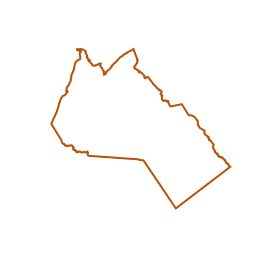 outline of Kitui East, Eastern, Kenya, rotated 56°
{"feature_id": "3690345B42600282373755", "entity_name": "Kitui East", "entity_type": "district", "adm_level": 2, "iso_a3": "KEN", "parent_name": "Kenya", "parent_adm1": "Eastern", "projection": "albers", "projection_center": [38.352, -1.41], "detail": "fine", "context": "isolated", "style": "outline", "palette": "amber", "viewbox_px": 256, "rotation_deg": 56, "n_neighbors": 0, "source": "geoboundaries", "source_scale": "gbopen_adm2", "svg_char_len": 5634}
<svg xmlns="http://www.w3.org/2000/svg" viewBox="0 0 256 256"><g transform="rotate(56 128 128)"><path d="M217.4,65.5L217.2,65.7L216.7,65.4L216.3,65.5L216.0,65.1L215.2,65.4L215.0,65.2L214.7,65.4L214.3,65.5L214.0,65.5L213.7,65.2L213.2,65.1L212.6,65.6L212.4,65.9L211.8,66.1L211.5,66.2L210.7,65.8L210.4,65.9L210.0,65.8L209.9,65.8L209.4,65.4L209.2,65.4L209.0,65.8L208.7,65.6L208.5,65.9L207.9,66.0L207.6,65.9L207.3,66.0L207.0,66.0L206.9,66.2L206.7,66.3L206.0,66.2L205.6,66.5L205.6,66.3L205.4,66.2L205.1,66.5L204.9,66.8L204.4,66.8L204.3,67.2L204.1,67.2L203.6,67.9L203.4,68.0L203.2,67.9L202.9,68.1L202.9,68.4L202.4,68.7L202.2,68.3L201.7,68.4L201.4,68.7L201.0,68.6L200.5,68.6L199.9,68.2L199.6,68.2L199.2,68.2L199.1,68.3L199.2,68.5L199.1,68.8L198.9,68.8L198.7,69.0L198.1,69.0L197.5,68.9L196.8,69.3L196.3,69.2L195.9,68.8L195.4,69.0L195.1,68.8L194.4,68.8L194.3,68.7L194.0,68.8L193.5,68.7L193.1,68.8L192.3,68.4L191.8,68.5L191.2,67.6L190.1,67.1L189.5,66.2L189.0,66.2L188.3,66.4L187.2,66.4L186.4,66.6L185.8,66.5L185.5,66.6L185.2,66.5L184.4,66.5L184.0,67.0L183.7,67.1L183.5,67.4L182.9,67.6L182.6,67.4L182.7,67.0L182.0,66.7L180.9,66.8L180.8,66.3L180.6,66.3L179.8,66.5L179.5,66.8L179.0,66.7L177.8,67.4L177.2,67.5L176.9,67.7L176.5,67.6L175.7,67.7L175.1,67.7L174.7,67.4L174.3,66.9L174.0,66.8L173.3,66.2L173.0,66.1L167.7,68.5L165.4,68.1L164.1,68.2L161.3,66.3L160.9,66.2L159.3,66.5L157.6,66.5L155.9,66.8L154.9,67.2L154.4,67.6L152.6,68.6L152.1,69.7L151.6,70.2L151.0,70.5L138.3,70.1L134.4,79.7L134.1,79.9L133.9,80.4L133.4,80.9L133.1,81.0L132.2,80.7L131.9,80.7L131.1,80.5L130.7,80.6L130.2,80.4L129.9,80.4L129.4,80.2L129.0,80.0L128.6,80.0L128.0,79.6L127.8,79.7L127.6,80.3L127.9,80.9L127.2,81.2L126.9,81.5L126.1,81.5L125.6,82.1L125.5,82.4L125.5,82.9L125.3,83.4L124.6,83.8L124.2,83.8L123.8,83.7L123.1,83.7L122.0,82.9L121.1,82.6L121.0,82.3L120.6,82.1L120.3,81.6L119.5,81.6L119.1,81.7L118.4,82.2L117.9,81.8L117.6,81.2L117.3,80.1L116.4,79.7L116.0,79.8L115.0,79.9L114.2,81.1L113.5,81.1L112.8,80.8L111.0,81.7L110.3,81.8L109.2,81.6L108.6,81.7L108.0,82.1L107.1,82.3L96.9,82.9L96.6,84.0L96.3,84.2L96.6,85.3L96.3,85.6L96.2,86.1L95.4,86.2L95.1,86.2L94.8,85.8L94.5,85.6L94.3,85.3L93.3,85.3L92.6,85.5L92.0,85.5L90.8,85.7L90.3,85.8L89.5,86.3L89.0,86.3L87.8,86.6L87.4,87.1L87.3,87.3L87.6,87.7L87.4,87.7L86.7,87.5L86.3,87.5L86.0,87.2L85.3,87.7L83.6,88.4L83.3,88.8L81.5,89.1L81.1,89.0L81.0,88.5L80.4,87.9L80.3,87.1L80.0,86.6L79.8,85.7L79.5,85.3L79.5,84.9L79.4,84.3L79.0,83.8L78.3,83.6L77.5,82.2L77.1,82.0L76.9,82.0L76.4,81.8L76.2,81.8L76.1,82.0L75.6,81.8L65.6,79.3L65.6,81.4L65.0,85.7L65.1,86.8L64.9,87.4L65.1,88.8L64.8,90.2L65.0,91.1L64.9,91.4L65.2,92.3L65.0,93.7L65.0,95.1L65.4,96.5L65.6,98.1L66.1,99.1L66.1,99.7L66.5,101.0L66.5,101.6L66.8,102.8L66.6,103.3L67.1,104.7L67.4,106.9L67.9,107.0L68.1,107.2L68.3,108.5L68.6,109.0L68.8,110.0L69.0,112.7L69.3,114.1L69.5,114.5L69.7,114.8L69.9,115.5L70.5,115.9L70.4,116.3L70.6,116.6L70.6,117.2L70.4,117.5L70.4,117.9L69.7,117.5L68.8,117.5L68.0,116.7L67.7,116.1L67.0,116.4L65.8,116.6L65.6,116.6L65.2,116.3L64.0,116.0L63.3,116.3L63.0,116.3L61.3,116.3L60.6,116.1L60.3,115.7L59.8,115.3L59.6,114.5L59.2,114.5L58.9,115.8L58.6,116.5L58.3,116.8L58.6,117.3L58.6,118.1L58.2,119.1L58.0,119.7L57.8,119.9L58.0,120.5L57.9,120.7L57.5,121.0L57.3,121.3L57.1,121.4L56.7,121.8L56.6,122.0L56.2,122.5L55.7,122.3L54.5,122.3L54.2,122.2L53.0,122.6L52.1,122.7L51.5,122.6L51.3,123.0L50.7,123.0L50.9,122.7L50.4,122.6L50.2,122.5L50.2,122.3L49.9,122.6L49.7,122.3L49.1,122.8L48.8,122.7L48.0,122.1L47.4,122.5L46.6,122.7L46.3,122.7L45.2,121.4L44.1,121.4L43.7,121.2L43.2,121.1L42.6,121.3L42.4,121.2L41.7,120.9L41.2,120.3L40.8,120.2L37.8,121.3L37.5,121.9L37.1,122.3L36.3,122.7L36.0,123.1L36.1,123.7L36.0,123.9L35.3,124.4L34.6,125.3L34.6,125.7L35.2,126.1L35.1,126.3L34.7,126.5L34.9,126.6L35.0,126.6L35.4,126.5L36.4,125.4L37.3,124.9L38.1,124.2L38.6,124.5L38.7,125.6L39.3,126.4L40.8,127.2L42.1,127.7L43.9,128.8L44.1,129.2L44.1,130.3L43.7,131.1L43.6,131.8L43.9,132.4L43.9,133.4L44.5,135.1L45.1,136.1L46.3,137.1L46.8,137.8L47.9,138.8L48.4,139.1L49.2,140.5L49.8,140.8L50.3,141.9L51.1,142.6L51.2,143.3L51.8,144.0L52.2,144.9L52.7,145.6L54.6,146.9L55.2,147.7L55.6,148.0L55.8,148.4L56.5,148.9L57.1,149.3L58.1,151.6L59.1,152.5L59.2,153.1L59.4,153.5L59.7,154.7L60.5,156.5L61.1,157.1L62.4,157.6L62.7,158.5L62.9,158.6L63.5,158.4L64.1,157.8L64.6,159.0L64.9,160.2L65.4,161.3L65.5,162.3L65.0,163.8L65.0,164.2L65.3,165.0L65.5,165.7L66.0,166.9L66.9,168.3L67.2,168.6L68.7,170.5L69.2,171.7L70.2,172.4L74.7,177.9L75.9,180.1L76.7,181.0L77.3,182.0L77.6,182.8L81.7,189.3L100.7,190.0L103.4,190.9L103.8,190.8L104.0,190.9L105.3,190.5L105.6,190.3L105.6,189.9L106.2,189.7L106.4,189.9L106.7,190.0L107.3,190.0L107.6,189.6L109.0,188.7L109.0,188.3L108.8,188.0L109.0,187.4L109.5,187.0L109.7,186.9L110.0,186.3L110.2,186.2L110.4,185.1L110.7,184.5L111.6,184.1L112.1,184.1L112.3,184.2L112.8,184.0L113.1,184.0L113.4,184.4L113.6,184.2L114.0,184.1L114.9,184.6L115.0,184.8L114.9,185.2L115.2,185.4L115.5,185.4L115.6,185.2L116.4,184.6L116.8,184.6L117.0,184.2L117.3,184.2L117.5,184.1L117.4,183.9L117.7,183.8L118.0,183.6L118.5,183.8L118.8,184.2L119.2,184.2L119.4,183.8L119.8,183.5L119.7,183.3L119.9,183.0L119.8,182.5L120.4,181.6L120.4,181.2L120.5,181.0L120.8,180.8L121.2,180.9L121.8,180.7L122.2,180.2L122.6,180.0L122.7,179.8L122.7,179.4L122.9,178.7L122.8,178.4L123.4,177.8L124.1,177.6L124.2,177.1L124.4,176.6L124.7,175.8L124.9,174.8L125.0,174.8L125.4,174.9L125.7,174.9L126.2,175.0L126.3,175.2L126.3,175.5L126.7,176.0L127.5,176.2L127.9,176.5L128.1,176.5L128.9,176.2L129.6,175.7L130.0,175.0L159.4,137.4L160.5,136.5L161.0,136.3L163.4,133.3L221.4,133.3L217.4,65.5Z" fill="none" stroke="#b45309" stroke-width="2"/></g></svg>